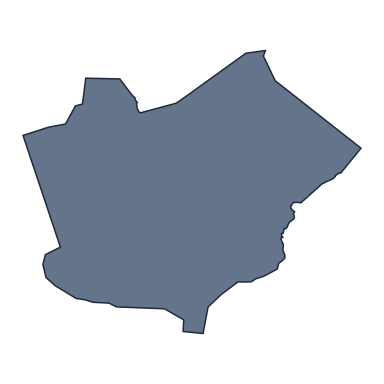 Baacagaan, Bayanhongor, Mongolia (Mercator projection)
{"feature_id": "93677404B78729167349448", "entity_name": "Baacagaan", "entity_type": "district", "adm_level": 2, "iso_a3": "MNG", "parent_name": "Mongolia", "parent_adm1": "Bayanhongor", "projection": "mercator", "projection_center": [99.824, 45.619], "detail": "fine", "context": "isolated", "style": "filled", "palette": "slate", "viewbox_px": 384, "rotation_deg": 0, "n_neighbors": 0, "source": "geoboundaries", "source_scale": "gbopen_adm2", "svg_char_len": 2612}
<svg xmlns="http://www.w3.org/2000/svg" viewBox="0 0 384 384"><path d="M361.0,148.2L275.2,80.7L263.4,56.1L265.4,50.5L245.9,53.2L196.9,88.5L190.8,93.0L176.2,103.2L140.6,112.8L139.5,112.3L138.6,111.5L138.2,110.5L137.7,109.2L137.5,108.8L137.2,108.2L137.0,107.8L136.9,107.2L136.9,106.7L137.1,106.2L137.0,105.6L136.6,105.1L136.5,104.5L136.5,103.6L136.8,103.0L137.1,102.8L137.4,102.6L137.2,102.4L136.9,102.2L136.6,102.0L136.5,101.6L136.1,100.8L135.6,100.2L135.1,99.5L135.1,98.8L135.1,97.9L131.8,94.8L119.8,78.9L85.7,78.2L84.2,90.6L82.4,104.1L75.4,105.9L65.5,124.0L48.8,127.1L23.0,135.4L60.4,247.1L45.4,254.6L42.9,264.4L46.0,277.5L55.3,285.8L76.0,298.4L85.1,299.8L93.1,302.3L108.9,303.1L116.5,306.9L164.5,308.8L183.7,319.9L183.1,331.5L203.1,333.5L208.1,306.9L221.7,294.1L238.0,281.9L244.0,282.0L251.4,281.8L255.6,278.9L263.7,276.3L277.2,269.1L278.7,263.3L280.4,262.1L281.3,261.2L282.1,260.8L282.7,260.1L283.3,259.7L283.8,259.3L284.3,258.8L284.6,258.4L284.9,256.9L284.8,255.6L284.7,254.3L284.1,253.0L283.7,252.4L283.4,251.4L283.0,250.4L282.9,249.8L283.0,249.1L283.1,248.0L283.2,247.1L283.4,246.2L283.3,245.4L283.2,244.3L282.8,243.2L282.4,242.3L281.9,241.7L281.6,240.7L281.3,239.8L281.2,239.3L281.0,238.7L280.9,238.2L281.3,237.9L281.6,237.6L282.0,237.5L282.7,237.7L282.7,237.4L282.7,236.8L282.5,236.5L282.0,236.4L281.6,236.1L281.5,235.7L281.5,235.3L281.7,235.0L281.4,234.4L281.4,234.0L281.4,233.7L281.5,233.6L281.9,233.6L282.5,233.4L283.2,233.2L284.2,228.6L285.0,228.8L285.6,228.6L286.1,228.3L286.7,227.7L287.1,227.4L287.6,226.1L288.0,224.8L288.5,223.9L288.9,223.0L289.5,222.1L290.4,221.3L291.1,221.1L292.3,219.8L293.5,219.3L294.0,218.7L294.3,217.5L294.3,216.5L294.1,215.3L293.7,214.6L293.5,214.1L293.5,213.6L293.7,213.2L294.2,212.7L294.5,212.4L294.5,212.1L294.2,212.1L294.1,211.8L294.2,211.4L294.0,211.1L293.7,210.9L292.9,210.6L292.4,210.3L292.0,210.0L291.7,209.6L291.6,209.2L291.6,208.7L291.3,208.5L291.0,208.3L290.8,207.9L290.8,207.4L291.0,207.0L291.2,206.3L291.2,205.7L291.4,205.4L291.7,205.1L291.7,204.7L291.9,204.4L292.2,203.9L292.6,203.6L293.1,203.1L293.4,202.8L293.6,202.3L299.9,202.6L300.8,202.9L321.9,184.0L322.7,183.5L323.5,183.2L324.1,183.0L324.5,182.8L325.0,182.2L325.4,182.2L326.0,182.0L326.4,181.4L326.6,181.3L327.5,181.3L328.0,180.9L328.5,180.8L329.5,180.2L330.6,179.8L331.9,179.4L333.4,178.5L333.9,177.9L334.1,177.3L334.4,177.1L334.9,176.9L335.3,176.6L335.3,175.9L335.5,175.6L336.0,175.3L336.8,174.4L337.2,174.2L337.8,174.1L338.2,173.7L338.6,173.3L339.3,172.9L339.8,172.9L340.3,173.1L341.2,172.7L341.4,172.5L341.5,171.7L342.2,171.3L361.0,148.2Z" fill="#64748b" stroke="#1e293b" stroke-width="1.5"/></svg>